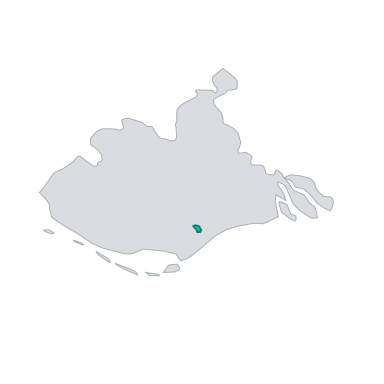 Wormerland, Noord-Holland, Netherlands shown in context, rotated 216°
{"feature_id": "6326949B48566307694504", "entity_name": "Wormerland", "entity_type": "district", "adm_level": 2, "iso_a3": "NLD", "parent_name": "Netherlands", "parent_adm1": "Noord-Holland", "projection": "natural_earth1", "projection_center": [4.861, 52.506], "detail": "fine", "context": "in_parent", "style": "filled", "palette": "teal", "viewbox_px": 384, "rotation_deg": 216, "n_neighbors": 0, "source": "geoboundaries", "source_scale": "gbopen_adm2", "svg_char_len": 4365}
<svg xmlns="http://www.w3.org/2000/svg" viewBox="0 0 384 384"><g transform="rotate(216 192 192)"><path d="M239.6,310.1L233.0,309.9L226.9,309.7L223.6,309.3L220.2,308.1L218.6,305.5L216.6,302.4L217.2,300.5L222.9,295.1L223.7,293.6L223.1,292.8L223.7,290.4L228.1,282.3L228.7,279.1L226.7,276.8L223.8,275.4L214.5,273.1L210.1,269.7L208.1,266.7L206.0,265.9L203.0,266.9L195.3,268.0L189.1,266.4L181.7,260.8L180.0,255.9L179.1,252.0L177.3,250.7L174.8,252.7L171.7,255.8L165.5,256.2L163.7,255.4L163.4,253.7L163.1,252.1L161.4,250.0L159.5,248.9L151.7,254.6L148.8,254.6L145.1,252.4L143.3,250.3L139.3,251.5L135.6,254.1L136.9,259.1L134.9,260.0L130.4,259.6L125.4,257.5L119.8,256.3L111.3,252.9L99.4,255.6L91.1,252.3L84.2,252.0L80.0,249.3L75.4,244.8L78.7,241.9L81.8,240.8L94.4,240.3L103.6,242.1L120.0,251.8L124.1,251.7L128.5,250.5L126.3,247.9L122.2,246.6L116.1,244.0L111.2,240.3L122.7,239.1L121.1,237.2L119.6,233.9L107.6,222.6L109.6,219.5L112.7,212.9L116.5,207.5L119.5,206.0L124.5,202.2L135.2,190.8L142.1,181.6L147.2,170.7L154.6,140.6L156.8,135.5L160.4,129.8L164.9,130.9L168.0,132.5L179.1,128.2L198.0,117.1L203.6,107.5L209.0,103.0L230.7,94.3L242.7,91.7L261.2,91.1L274.6,89.5L290.7,89.0L296.8,94.3L300.4,98.2L306.2,100.4L315.1,101.9L314.6,109.7L314.9,125.0L314.2,127.8L310.3,134.2L306.2,145.9L305.2,153.5L303.9,155.0L287.0,155.0L284.6,156.3L284.3,157.9L285.1,159.9L284.7,161.9L283.4,163.5L284.2,166.0L287.1,168.9L292.5,170.7L298.2,170.8L301.2,170.5L303.4,172.6L305.5,175.8L305.4,179.8L304.6,185.1L302.0,190.1L294.2,195.8L290.7,197.9L287.4,198.9L285.9,200.4L285.1,202.3L285.3,204.0L290.9,208.6L290.8,209.7L289.2,212.1L287.1,214.3L272.7,219.0L266.8,218.7L263.4,221.0L262.4,221.4L258.6,219.3L250.2,216.8L247.0,217.7L245.3,219.0L240.0,220.7L236.2,223.2L236.2,226.6L243.0,235.1L245.3,236.8L245.5,240.0L248.7,244.0L252.1,249.1L252.5,252.3L252.1,255.5L250.4,260.1L244.7,270.9L244.6,273.0L245.1,274.6L247.1,275.0L248.6,275.8L248.2,277.3L237.3,284.8L235.9,286.1L231.4,285.7L230.7,287.0L231.3,289.0L233.1,290.7L237.0,291.7L240.3,293.6L243.0,297.3L239.6,310.1ZM125.4,257.5L124.4,260.6L121.9,264.1L113.4,269.0L104.4,272.3L99.9,271.9L96.7,270.2L95.0,268.4L90.3,266.7L83.7,265.8L79.6,267.7L76.7,269.4L74.2,269.1L72.3,267.7L70.8,265.4L68.9,258.3L73.8,257.0L84.4,256.5L92.6,259.0L103.3,260.2L111.5,256.8L118.0,259.7L125.4,257.5ZM107.7,228.4L113.9,232.9L115.3,234.4L115.7,235.9L107.8,237.7L99.3,232.2L93.7,233.5L91.6,230.9L91.6,229.2L97.4,227.9L107.7,228.4ZM167.9,119.2L161.6,125.0L157.7,123.4L156.6,122.0L158.6,117.5L167.9,110.0L167.9,119.2ZM195.9,93.5L190.0,94.1L187.3,93.0L201.6,89.7L210.6,88.8L212.2,89.2L195.9,93.5ZM234.2,87.5L221.7,88.8L217.5,87.8L216.8,86.9L220.2,86.3L230.9,86.2L234.2,87.0L234.2,87.5ZM182.1,99.8L170.3,105.8L169.3,104.9L176.9,99.6L182.1,99.8ZM285.4,77.4L279.5,77.7L281.2,75.5L286.6,73.9L289.5,73.9L285.4,77.4ZM259.9,83.3L251.0,86.0L248.9,85.5L249.4,84.7L257.2,82.9L259.9,83.3Z" fill="#d9dde1" stroke="#a8b0b8" stroke-width="1"/><path d="M161.8,164.4L161.7,164.4L161.7,164.5L161.7,164.8L161.7,165.0L161.8,165.2L161.9,165.3L162.0,165.4L162.0,165.5L162.1,165.8L162.1,166.0L162.1,166.3L161.9,166.5L162.0,166.7L162.3,166.7L162.5,166.8L163.0,167.0L163.2,167.3L163.3,167.3L163.5,167.4L164.1,167.5L164.6,167.6L164.8,167.6L164.7,167.6L164.8,167.7L164.8,167.8L164.9,168.0L165.0,168.0L165.2,168.3L165.3,168.3L165.6,168.4L165.8,168.4L166.0,168.4L166.0,168.5L166.3,168.5L166.5,168.5L166.6,168.4L166.8,168.3L167.0,168.2L167.3,168.2L167.6,168.1L167.8,167.9L168.0,167.8L168.1,167.7L168.3,167.7L168.5,167.7L168.8,167.7L169.0,167.6L169.3,167.5L169.3,167.4L169.5,167.2L169.8,167.1L170.0,166.9L170.1,166.7L170.3,166.6L170.3,166.4L170.3,166.2L170.5,166.0L170.5,165.9L170.5,165.7L170.4,165.5L170.5,165.4L170.9,165.2L171.0,165.2L170.9,165.0L170.7,165.1L170.4,165.0L170.2,165.0L170.1,164.9L169.9,164.8L169.8,164.7L169.7,164.7L169.4,164.6L169.2,164.5L168.6,164.5L168.4,164.5L168.2,164.5L167.8,164.4L167.7,164.4L167.2,164.3L167.0,164.2L166.9,164.2L166.7,164.1L166.2,163.9L165.9,163.9L165.7,163.9L165.2,163.8L165.2,163.7L164.9,163.5L164.8,163.4L164.7,163.3L164.7,163.2L164.7,162.9L164.6,162.7L164.4,162.7L164.2,162.5L164.0,162.4L163.9,162.5L163.7,162.8L163.5,163.0L163.9,163.2L164.0,163.2L163.8,163.3L163.7,163.4L163.4,163.4L163.2,163.4L163.2,163.5L162.8,163.8L162.7,163.8L162.4,163.9L162.3,164.0L162.2,164.0L162.0,164.3L161.9,164.3L161.8,164.4Z" fill="#14b8a6" stroke="#0f766e" stroke-width="1.5"/></g></svg>